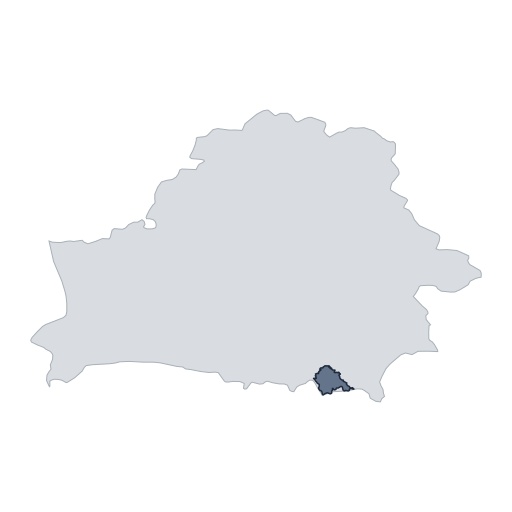 Naroulia, Gomel, Belarus shown in context
{"feature_id": "67162791B29889808776469", "entity_name": "Naroulia", "entity_type": "district", "adm_level": 2, "iso_a3": "BLR", "parent_name": "Belarus", "parent_adm1": "Gomel", "projection": "robinson", "projection_center": [29.526, 51.623], "detail": "fine", "context": "in_parent", "style": "filled", "palette": "slate", "viewbox_px": 512, "rotation_deg": 0, "n_neighbors": 0, "source": "geoboundaries", "source_scale": "gbopen_adm2", "svg_char_len": 7103}
<svg xmlns="http://www.w3.org/2000/svg" viewBox="0 0 512 512"><path d="M437.8,351.6L428.8,351.2L418.0,351.3L412.0,354.6L405.4,353.0L400.7,354.9L390.1,364.0L385.9,368.8L382.0,376.4L379.6,381.9L381.0,385.8L383.0,389.5L383.5,393.4L384.5,396.4L381.8,398.7L380.3,401.9L375.8,401.3L370.2,398.2L369.0,393.8L364.7,390.7L361.9,389.1L357.3,388.8L349.9,390.3L340.2,391.4L333.0,391.7L329.0,393.3L323.1,394.8L320.8,393.0L317.6,387.9L314.9,382.9L313.1,380.7L311.5,380.1L309.5,380.2L307.2,381.8L305.5,383.4L299.4,385.3L296.7,387.1L293.8,391.7L291.8,391.4L289.8,390.4L287.5,385.2L284.3,384.0L279.2,383.9L272.8,382.8L267.7,381.3L265.8,381.6L262.8,383.8L259.5,384.1L252.2,382.2L250.8,383.1L246.6,388.8L244.6,389.1L243.5,388.3L244.2,383.4L240.0,381.6L232.9,381.4L227.9,382.1L225.4,381.9L224.2,380.9L218.2,372.6L215.0,372.1L209.2,372.5L200.7,371.5L190.9,369.6L185.5,368.9L182.8,367.0L176.7,366.4L160.5,362.9L153.9,362.2L144.2,362.2L129.3,361.4L119.8,361.8L115.3,363.0L110.2,363.7L92.5,364.7L86.2,365.6L84.3,367.4L82.1,371.2L74.6,377.8L67.4,382.3L66.1,382.6L62.0,380.3L58.6,379.5L54.5,379.2L51.7,380.0L49.8,381.1L49.9,386.2L49.4,386.7L46.5,380.6L47.0,375.1L48.8,372.0L51.0,369.1L50.3,364.9L52.6,359.3L52.8,355.2L52.0,353.5L50.4,351.5L45.8,349.2L43.9,347.5L37.7,345.1L31.7,342.2L30.7,340.4L31.1,339.2L32.2,337.3L37.1,331.9L42.4,326.6L45.7,324.5L63.2,317.7L66.0,315.3L66.8,311.3L66.8,303.2L66.0,295.8L64.8,290.8L61.9,281.2L53.6,261.5L49.0,241.0L52.5,242.2L60.6,242.6L67.2,241.2L70.5,241.0L73.5,241.5L82.1,240.3L84.2,242.2L87.9,243.8L95.5,241.4L102.3,238.6L109.1,238.9L110.2,237.5L112.1,230.2L114.2,228.6L122.4,229.3L125.5,228.0L128.8,224.5L133.7,222.2L137.7,222.2L142.0,219.7L144.1,221.4L145.0,224.4L143.5,226.8L144.1,227.7L147.0,228.9L152.0,228.9L155.3,227.9L156.1,226.5L156.1,224.0L155.4,221.7L153.3,219.7L149.3,218.7L146.5,218.7L146.1,217.4L147.1,214.7L149.7,209.7L152.8,205.1L154.7,203.4L155.1,201.8L154.8,199.1L154.8,194.2L157.7,187.2L161.4,182.0L166.4,180.4L172.3,179.5L176.2,177.0L178.2,174.2L179.9,169.9L181.8,169.0L196.1,169.6L198.4,165.2L199.6,164.0L202.4,162.7L204.4,161.2L203.7,160.0L200.0,159.3L191.4,158.6L189.7,157.1L190.3,155.4L192.7,151.0L195.0,145.2L196.2,140.7L196.4,138.1L197.6,137.4L204.7,136.6L207.0,135.7L213.1,129.6L217.7,128.6L229.5,130.1L235.0,130.0L241.9,130.4L242.4,129.8L245.0,123.8L256.8,114.2L263.0,110.9L267.0,110.1L268.4,110.3L274.6,115.4L276.1,115.6L280.2,113.4L287.4,113.3L290.8,115.0L295.5,121.3L298.0,122.0L305.1,118.5L308.9,117.4L311.5,117.4L324.7,122.2L325.7,123.8L325.8,125.6L323.7,131.3L326.4,134.8L329.6,137.1L336.5,133.2L339.0,132.1L341.7,132.1L345.4,130.6L348.0,128.5L350.6,127.7L355.5,128.2L364.2,127.7L374.5,131.1L375.4,132.2L380.6,136.2L382.4,138.2L384.1,138.8L386.8,140.8L390.5,142.0L393.0,141.6L394.2,142.3L395.4,143.8L395.5,146.4L395.2,153.9L391.6,157.9L391.1,159.2L391.3,160.9L394.2,164.1L398.1,169.1L399.0,172.1L399.0,174.2L393.9,180.8L392.2,182.3L391.0,185.6L390.4,188.9L390.8,190.2L399.5,195.5L405.9,198.3L407.3,199.7L407.5,200.6L404.1,206.2L403.8,207.8L408.9,210.1L411.8,213.8L414.4,219.8L419.3,225.6L437.6,234.0L439.2,235.5L439.8,237.3L439.2,241.3L436.0,248.8L439.1,249.9L447.2,249.6L456.9,250.5L468.7,255.8L468.8,258.2L467.6,260.4L468.5,262.7L469.8,264.6L480.0,270.5L481.0,272.3L481.3,275.2L481.0,277.3L478.2,277.7L475.1,278.7L470.1,281.2L468.1,284.8L459.9,289.8L454.8,292.0L450.8,292.1L441.1,291.1L437.6,288.7L436.2,286.4L432.5,285.4L427.5,285.3L420.7,285.7L419.3,286.4L418.2,289.1L415.4,293.8L413.3,296.5L422.1,305.8L426.5,309.6L427.9,312.0L427.9,313.7L425.8,315.6L426.2,319.6L430.5,324.8L429.1,325.6L428.7,332.0L428.8,338.9L430.0,340.5L432.3,341.9L434.3,344.4L437.6,350.1L437.8,351.6Z" fill="#d9dde1" stroke="#a8b0b8" stroke-width="1"/><path d="M334.9,370.2L334.3,370.1L333.9,370.1L333.4,370.1L332.9,370.0L332.4,369.8L332.1,369.6L331.9,369.4L331.8,369.0L331.8,368.7L331.5,368.1L331.2,368.1L330.9,368.1L330.7,368.4L330.5,368.6L330.3,368.6L330.2,368.5L330.1,368.2L330.2,367.6L330.2,367.2L330.1,366.9L329.8,366.8L329.6,367.0L329.2,367.1L328.9,367.1L328.7,366.9L328.8,366.7L329.1,366.3L329.2,366.1L329.1,365.9L328.8,365.9L328.4,365.9L327.8,365.9L327.3,365.9L326.4,365.9L325.9,365.9L325.3,365.8L324.9,365.9L324.6,366.0L324.4,366.3L324.1,366.5L323.8,366.7L323.4,366.9L323.1,367.1L323.1,367.4L322.9,367.7L322.7,367.9L321.8,367.9L321.1,367.9L320.7,368.0L320.4,368.2L320.3,368.4L320.2,368.6L320.0,368.8L319.9,368.9L319.8,369.1L320.0,369.2L320.5,369.4L320.8,369.6L320.8,369.9L320.8,370.1L320.6,370.3L320.4,370.4L320.1,370.4L319.8,370.6L319.7,370.8L319.6,371.1L319.2,371.4L318.9,371.5L318.8,372.1L318.6,372.3L318.3,372.7L318.2,372.9L318.3,373.2L318.5,373.3L318.4,373.5L318.2,373.6L317.8,373.4L317.3,373.4L316.9,373.5L316.4,373.7L316.2,373.8L315.6,374.0L315.7,374.3L315.8,374.7L315.8,375.1L315.8,375.4L315.6,375.7L315.4,375.8L315.5,376.1L315.9,376.4L315.9,376.7L315.8,377.0L315.9,377.4L316.1,377.7L316.3,378.0L316.2,378.3L315.9,378.4L315.3,378.4L314.6,378.3L313.5,378.4L313.1,378.4L313.3,378.5L313.9,378.8L314.5,379.1L314.8,379.6L315.3,380.5L315.7,381.1L316.6,382.0L316.9,382.5L317.4,383.3L318.3,383.8L318.7,384.1L319.2,384.4L319.3,384.9L319.2,385.4L319.2,385.9L319.2,386.5L319.0,387.1L318.7,387.4L318.6,388.0L318.6,388.4L318.8,388.9L319.5,389.9L320.2,390.6L320.7,390.8L321.2,390.9L321.6,391.3L321.8,391.8L322.0,392.3L322.2,393.0L322.2,393.7L322.4,394.3L322.4,394.7L323.1,394.9L323.6,394.7L324.0,394.4L324.8,393.7L325.9,393.3L326.7,393.0L327.4,392.8L328.0,393.0L328.7,393.3L329.3,393.6L330.3,393.8L330.9,393.6L331.5,393.3L331.7,392.6L331.7,392.1L331.7,391.5L331.8,390.8L332.3,390.5L332.6,390.0L332.6,389.8L332.4,389.1L332.5,388.5L333.0,388.5L333.4,389.1L333.6,389.5L334.5,389.9L335.2,389.7L335.9,389.4L336.1,388.7L336.3,388.3L336.7,388.0L337.5,388.0L338.1,388.0L338.4,387.9L338.8,387.6L339.4,387.3L340.0,386.9L340.8,386.4L341.7,386.5L342.4,387.2L342.5,387.7L342.7,388.5L342.7,388.9L343.0,389.6L343.0,389.9L343.7,390.6L343.9,390.8L344.9,390.9L345.1,390.5L345.5,390.4L345.9,390.5L346.7,390.7L347.6,390.9L348.5,390.9L349.1,390.6L349.4,390.1L349.4,389.4L349.5,389.0L349.9,388.8L350.6,388.7L351.4,388.6L352.0,388.6L352.6,389.0L353.2,389.2L353.5,389.0L353.7,388.9L353.5,388.7L353.3,388.5L353.0,388.2L352.6,387.8L352.3,387.7L352.1,387.7L351.9,387.8L351.6,388.0L351.3,388.0L350.7,388.0L350.2,387.7L349.8,387.4L349.6,387.1L349.5,386.8L349.2,386.4L348.8,386.2L348.4,386.1L347.9,385.8L347.6,385.5L347.0,384.9L346.7,384.4L346.4,384.0L346.4,383.7L346.6,383.5L346.8,383.1L346.4,382.9L346.0,382.6L345.4,382.3L344.9,382.0L344.5,381.8L343.9,381.6L343.4,381.4L343.4,381.1L343.4,380.8L343.4,380.3L343.1,380.1L342.5,380.1L341.8,379.9L341.4,379.7L341.0,379.3L340.6,379.0L340.3,378.7L340.0,378.3L339.9,378.0L339.8,377.3L339.7,376.7L339.5,376.2L339.3,375.9L339.0,375.3L339.0,375.0L339.4,374.7L339.7,374.5L340.0,374.4L340.2,374.2L340.2,373.8L339.9,373.7L339.5,373.5L339.3,373.3L339.2,373.0L339.1,372.5L338.7,372.3L338.4,372.3L338.3,372.5L337.9,372.7L337.5,372.6L337.1,372.4L336.8,372.3L336.4,372.4L336.1,372.5L335.5,372.6L334.9,372.6L334.4,372.4L334.2,372.2L334.2,371.9L334.5,371.7L334.6,371.4L334.8,371.0L334.9,370.6L334.9,370.2L334.9,370.2Z" fill="#64748b" stroke="#1e293b" stroke-width="1.5"/></svg>